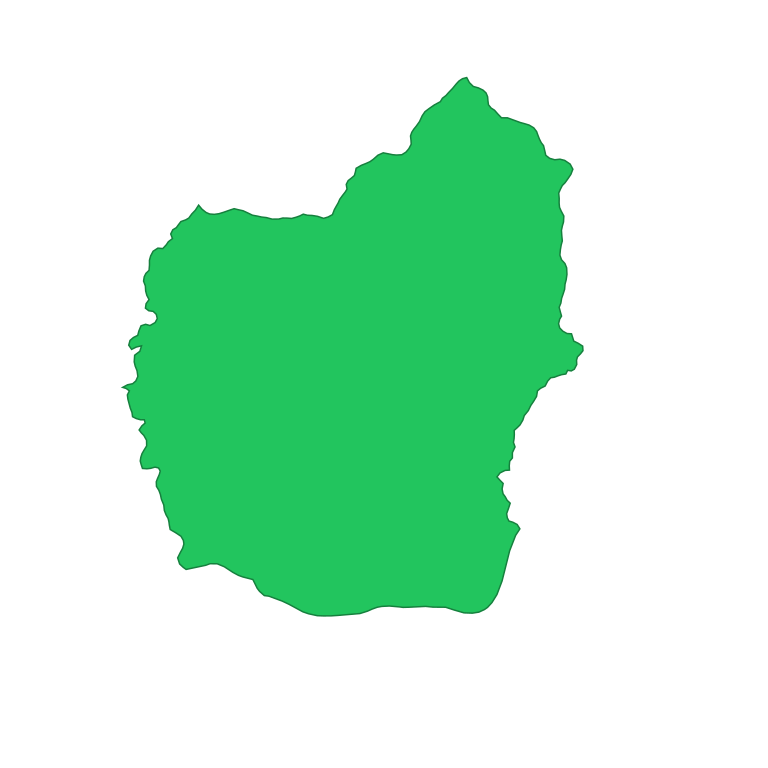 the district of Limeira do Oeste, Minas Gerais, Brazil, rotated 246°
{"feature_id": "56859067B41026277317184", "entity_name": "Limeira do Oeste", "entity_type": "district", "adm_level": 2, "iso_a3": "BRA", "parent_name": "Brazil", "parent_adm1": "Minas Gerais", "projection": "mercator", "projection_center": [-50.618, -19.42], "detail": "fine", "context": "isolated", "style": "filled", "palette": "green", "viewbox_px": 768, "rotation_deg": 246, "n_neighbors": 0, "source": "geoboundaries", "source_scale": "gbopen_adm2", "svg_char_len": 4395}
<svg xmlns="http://www.w3.org/2000/svg" viewBox="0 0 768 768"><g transform="rotate(246 384 384)"><path d="M353.6,575.7L355.7,571.7L359.6,568.8L363.8,567.3L368.1,568.0L371.8,570.9L373.8,573.8L377.3,574.3L382.8,575.2L386.0,578.5L390.0,581.1L393.1,584.0L397.0,587.5L401.6,590.0L405.1,592.8L409.7,595.7L415.8,598.1L420.4,598.3L425.3,596.7L430.2,597.1L435.0,599.8L438.9,602.4L442.2,605.1L447.0,606.7L452.2,608.6L455.8,611.2L459.0,613.9L464.3,616.6L470.1,616.2L474.0,616.2L478.1,617.6L482.2,619.5L487.4,621.3L490.3,624.5L492.8,627.6L494.2,631.2L496.4,635.0L499.5,640.0L503.4,643.9L509.2,643.5L514.8,640.0L517.8,636.2L519.4,631.2L522.8,627.1L527.1,624.8L532.1,625.8L536.9,626.7L540.4,625.8L544.6,625.6L548.8,625.8L552.5,626.1L557.1,625.0L561.5,621.9L564.8,618.1L567.4,614.9L570.7,611.5L573.3,608.8L576.9,605.1L579.4,599.6L584.4,597.8L589.2,596.3L592.5,594.1L596.6,593.0L600.3,594.1L604.3,595.5L608.4,595.6L612.2,594.0L616.1,590.7L619.5,586.6L624.6,584.6L630.3,584.2L631.0,579.9L630.3,575.7L628.8,572.2L626.1,566.8L624.0,561.6L622.3,557.9L621.3,553.6L619.0,550.3L618.5,543.6L617.3,537.3L616.1,532.2L613.5,528.0L609.3,523.2L606.4,518.3L604.7,514.9L602.6,511.7L599.8,509.1L595.7,507.8L592.0,506.4L588.9,502.5L586.9,498.4L586.2,493.5L588.1,488.5L590.0,485.1L592.5,481.6L595.5,477.3L595.5,471.5L593.6,465.5L592.8,461.5L592.8,457.2L593.0,452.2L592.4,446.3L589.2,444.0L586.5,441.7L585.4,438.1L584.4,434.0L581.7,430.7L577.1,429.5L575.1,426.6L573.1,422.8L570.8,418.8L568.0,415.7L565.9,412.8L563.5,409.6L559.7,405.8L559.3,400.9L559.9,396.2L564.2,391.5L567.2,386.9L569.3,382.7L572.0,379.3L571.8,375.5L572.1,371.6L572.8,367.0L575.1,362.7L576.8,359.0L577.5,354.9L580.1,348.9L583.9,344.2L586.3,340.1L588.9,336.6L591.7,332.5L595.5,329.3L599.6,325.7L602.7,321.5L605.1,318.4L605.6,313.6L606.1,307.4L606.7,302.5L608.0,298.0L610.2,293.9L613.1,291.2L617.8,288.8L622.8,287.4L619.5,282.4L617.5,277.5L615.0,273.2L614.6,269.6L615.0,264.5L613.1,261.0L611.3,257.9L610.8,253.8L607.8,250.2L602.9,249.9L601.7,244.9L599.7,241.7L597.7,237.0L600.1,232.7L599.2,227.1L595.9,222.9L592.5,220.1L588.0,218.1L583.4,215.6L581.9,211.5L579.5,208.6L575.8,206.2L570.7,205.9L565.9,204.1L561.5,203.4L556.7,203.7L554.1,199.3L550.3,196.9L546.6,198.9L544.2,202.7L540.2,204.3L536.0,203.5L533.2,199.9L532.6,194.0L535.5,190.5L536.0,185.7L532.1,181.6L528.6,178.8L528.4,174.0L527.1,169.7L523.3,166.6L518.3,167.5L518.5,172.8L517.5,178.0L513.2,174.3L511.7,167.9L505.8,164.8L501.6,164.0L496.6,163.8L491.0,162.2L487.7,158.5L486.5,154.5L487.6,149.4L487.2,143.9L484.7,146.7L481.3,148.6L478.4,145.1L474.4,143.9L470.1,143.2L465.1,142.4L460.5,142.2L456.4,141.0L453.2,143.6L450.3,147.1L448.8,150.5L445.5,149.9L444.2,145.7L441.6,141.6L438.2,142.4L434.7,143.7L429.2,144.2L424.0,142.0L421.2,137.9L418.8,134.6L415.9,132.0L412.8,130.0L409.1,129.4L405.1,129.0L403.0,132.9L401.9,136.4L401.2,141.0L399.0,143.9L395.5,144.2L392.8,142.0L389.8,138.7L387.3,136.2L383.0,134.5L378.4,135.1L374.0,134.8L369.4,133.8L363.0,133.6L357.8,131.9L353.0,131.7L349.0,132.1L345.7,131.5L342.0,130.4L338.0,129.5L333.3,132.9L327.5,136.6L322.7,137.1L319.2,136.1L315.9,133.3L312.6,129.0L309.1,124.8L302.7,124.1L298.2,126.0L295.1,127.8L290.9,147.4L290.6,151.9L287.6,158.5L282.0,163.8L273.3,169.4L268.4,173.2L265.2,176.5L258.7,184.7L248.8,185.1L245.1,186.0L239.4,188.6L237.1,192.4L227.1,202.7L221.4,207.6L208.9,217.2L204.8,221.6L199.5,228.8L196.8,234.3L193.7,241.4L191.3,247.9L184.1,268.6L183.2,276.4L183.2,281.7L182.8,287.1L181.7,291.6L179.0,298.6L174.0,307.6L172.2,310.5L169.9,316.1L163.9,331.6L160.3,337.9L155.0,349.5L148.7,356.5L142.4,364.0L138.7,371.6L137.0,377.9L137.1,384.1L137.8,387.7L140.4,393.7L145.7,401.5L156.0,411.7L180.6,431.0L192.2,442.7L196.4,449.2L201.5,448.5L205.3,445.5L208.0,442.4L211.5,442.2L215.7,443.3L220.1,447.5L223.8,450.8L227.7,449.2L231.5,448.9L235.3,448.1L240.1,449.2L244.7,452.4L248.9,450.8L253.2,449.4L255.6,453.9L255.8,459.5L254.3,463.6L258.4,465.2L262.3,467.4L264.2,471.2L269.1,473.4L273.2,478.1L278.0,478.5L281.0,480.5L284.6,482.4L288.7,484.1L289.8,487.6L291.3,491.6L294.6,496.2L298.1,499.3L301.0,505.0L304.7,509.4L307.3,513.6L310.6,518.3L315.3,521.4L316.4,525.3L316.6,530.4L320.1,534.7L321.9,538.8L320.9,542.4L320.7,546.2L320.3,550.0L319.2,554.2L321.8,557.3L319.8,560.4L320.1,563.9L323.4,568.0L327.5,569.6L330.1,571.8L331.7,575.9L333.5,579.3L337.8,580.9L342.2,578.0L346.0,574.8L350.1,575.3L353.6,575.7Z" fill="#22c55e" stroke="#15803d" stroke-width="1.5"/></g></svg>